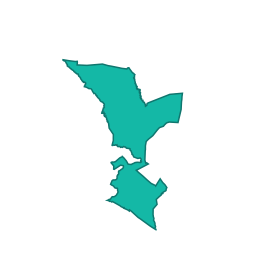 outline of San Jerónimo Sosola, Oaxaca, Mexico, rotated 138°
{"feature_id": "50627088B57913149693719", "entity_name": "San Jerónimo Sosola", "entity_type": "district", "adm_level": 2, "iso_a3": "MEX", "parent_name": "Mexico", "parent_adm1": "Oaxaca", "projection": "mercator", "projection_center": [-97.021, 17.384], "detail": "fine", "context": "isolated", "style": "filled", "palette": "teal", "viewbox_px": 256, "rotation_deg": 138, "n_neighbors": 0, "source": "geoboundaries", "source_scale": "gbopen_adm2", "svg_char_len": 5855}
<svg xmlns="http://www.w3.org/2000/svg" viewBox="0 0 256 256"><g transform="rotate(138 128 128)"><path d="M138.1,68.7L146.2,66.4L146.1,66.9L147.9,71.4L148.5,76.0L149.1,82.3L149.9,88.0L150.1,91.1L148.4,90.6L137.0,87.7L137.4,89.6L138.3,90.0L137.0,92.8L130.5,99.5L129.5,100.3L127.0,103.1L123.5,105.8L120.3,106.0L114.7,105.7L110.0,106.5L107.7,106.9L106.0,107.1L104.3,107.2L100.5,105.6L98.7,105.9L95.9,106.0L93.3,104.8L87.2,98.6L76.2,106.2L70.7,111.7L69.0,113.1L66.8,115.3L64.3,117.4L74.4,125.0L96.1,133.1L97.4,133.4L98.8,132.3L100.4,132.5L99.4,133.9L99.0,135.8L98.7,136.1L99.3,137.1L99.3,137.4L99.2,137.7L98.8,137.9L98.7,138.0L99.1,138.6L99.0,138.8L98.8,138.9L99.1,139.1L98.9,140.3L98.7,140.6L98.4,140.6L98.2,141.6L98.8,141.7L98.3,142.7L97.7,142.5L97.5,143.0L97.1,142.9L96.7,144.1L97.0,144.4L96.5,144.6L96.1,145.1L95.9,145.6L95.2,145.7L95.1,146.2L95.9,146.5L95.5,147.2L94.8,147.5L94.3,147.5L94.0,147.7L94.1,148.0L93.7,148.3L94.4,148.6L94.1,148.9L93.7,148.9L94.0,149.3L94.0,149.7L94.6,150.2L94.6,150.6L95.3,150.6L95.2,151.2L94.8,151.5L95.0,151.8L94.7,152.1L94.3,152.1L94.1,152.7L93.5,152.7L93.4,152.8L93.8,153.7L93.5,154.0L93.4,154.4L92.7,155.3L92.9,155.8L92.9,156.4L92.1,157.0L91.3,158.7L91.1,158.9L90.9,159.5L90.6,159.5L90.4,160.0L90.2,160.2L90.4,160.9L90.1,161.0L90.0,161.6L89.0,161.5L88.8,162.0L88.6,162.1L88.3,162.5L87.9,162.8L87.6,163.2L87.3,163.1L87.3,164.9L87.4,165.4L87.7,165.8L87.7,166.3L87.2,171.5L87.0,171.9L87.3,172.4L87.7,172.7L88.2,172.8L88.7,172.8L89.3,172.6L92.7,176.5L94.5,179.0L99.2,185.3L101.1,187.7L104.2,192.6L116.6,202.0L123.6,208.9L121.8,210.6L121.1,211.5L122.7,212.7L126.6,217.2L130.6,222.2L130.8,222.0L130.9,221.9L130.7,221.4L130.7,221.0L130.5,220.5L130.0,220.0L130.0,219.7L130.1,218.8L130.4,217.8L130.4,217.6L130.7,216.8L130.6,215.8L130.9,215.6L131.6,214.7L131.4,214.1L131.4,213.5L131.0,212.9L131.1,212.0L131.0,211.5L130.9,210.2L130.7,210.1L130.7,209.4L130.6,209.2L130.6,208.3L130.3,207.8L130.1,207.2L130.2,206.6L130.4,206.2L130.3,205.8L130.0,205.3L130.2,204.9L130.1,203.9L129.8,203.4L129.9,202.7L129.5,202.0L129.0,201.7L129.0,201.4L129.3,200.9L129.4,200.3L129.7,200.2L129.9,199.3L129.7,198.8L129.8,198.4L129.6,197.4L130.2,196.4L130.2,196.1L130.3,195.7L130.2,195.2L130.5,194.1L130.4,193.3L130.6,193.0L130.4,192.9L130.1,192.3L130.4,192.1L130.4,191.9L130.1,191.7L130.3,191.5L129.9,191.2L129.8,190.8L129.4,190.6L129.4,189.6L130.5,188.8L130.9,188.9L131.1,188.8L132.0,188.1L132.2,188.3L132.4,188.3L132.5,188.1L132.8,187.9L132.4,187.3L132.3,187.2L131.7,186.2L131.1,184.9L131.0,184.1L130.8,183.6L130.3,183.0L130.0,182.8L129.3,181.9L129.2,181.6L129.3,180.8L129.5,179.9L129.9,178.7L130.0,177.6L130.1,177.1L130.0,176.9L130.1,176.7L129.9,176.7L129.6,176.0L129.6,175.4L129.4,175.0L129.5,174.7L129.6,174.4L129.7,174.2L129.7,173.7L129.9,173.6L129.9,173.0L129.7,172.8L129.9,172.7L129.9,172.3L129.9,172.2L130.1,170.9L129.9,169.2L130.0,168.9L129.9,168.1L130.4,167.2L130.3,165.7L130.1,165.2L129.8,164.8L129.8,164.5L129.5,164.0L129.5,163.5L129.6,163.4L129.7,162.7L129.6,162.4L129.5,162.1L129.6,161.9L130.0,161.1L130.2,160.9L130.4,160.8L130.8,160.9L131.2,160.4L131.6,159.5L131.8,159.6L132.1,159.3L132.3,159.1L133.1,159.3L133.5,158.9L134.0,158.5L134.6,158.3L134.9,158.0L135.6,157.7L135.2,157.6L135.2,157.4L136.4,156.9L136.8,156.6L137.0,156.8L137.5,156.5L137.2,156.3L137.1,156.0L136.7,155.6L136.5,155.1L135.6,155.4L135.9,154.5L135.7,153.9L137.2,153.6L137.3,152.3L137.6,152.2L137.4,151.8L137.2,151.9L136.5,151.8L137.2,150.9L137.3,149.5L138.0,148.9L138.2,147.8L138.7,147.4L139.0,146.8L138.5,146.5L138.8,146.0L139.1,146.1L139.1,145.5L139.3,144.5L142.1,140.5L143.2,133.0L145.8,130.2L147.3,128.5L151.0,126.1L151.4,125.7L151.0,125.2L150.5,125.2L150.0,124.9L149.9,124.5L149.2,123.9L148.5,123.9L148.2,123.3L147.6,123.0L148.1,122.6L148.1,122.4L147.8,122.1L147.8,121.9L148.0,121.0L147.8,120.7L147.5,120.6L147.2,120.4L146.4,119.7L146.5,119.1L146.5,118.6L145.6,118.2L145.4,117.9L145.2,117.4L144.9,117.2L144.3,117.3L143.5,117.1L143.4,116.4L142.6,115.5L142.6,115.0L142.7,114.2L142.1,113.3L141.7,113.0L141.2,112.2L140.5,111.6L140.4,111.3L141.2,110.3L141.1,109.0L141.6,107.7L142.1,106.4L142.7,105.7L142.4,104.7L143.1,102.7L141.1,98.8L139.0,97.6L139.1,96.0L139.9,95.2L140.3,95.3L140.8,95.0L140.7,93.9L141.8,94.0L142.4,94.5L143.2,95.5L144.3,96.6L145.0,96.9L145.8,97.6L146.9,97.8L149.2,98.6L149.9,98.6L152.1,101.0L151.3,104.5L151.1,108.4L151.3,110.7L151.8,110.5L152.2,110.6L153.2,111.1L154.3,111.3L159.8,111.4L161.3,112.1L162.4,113.2L163.3,113.7L163.7,113.8L163.8,114.1L164.0,109.5L164.1,109.2L166.2,107.0L165.9,106.5L158.3,105.3L156.7,103.1L157.5,102.0L159.1,101.4L161.0,101.8L161.8,101.7L162.8,101.9L163.1,102.2L163.6,102.2L164.0,102.0L164.6,101.6L164.9,100.9L165.4,100.5L165.9,100.1L166.4,99.9L166.7,100.1L167.2,100.0L168.2,99.6L168.5,99.4L168.7,99.1L169.8,97.9L170.7,97.6L171.6,97.7L172.4,98.1L173.1,98.7L173.8,99.3L174.4,99.5L175.1,99.5L178.6,97.8L178.3,96.4L178.1,96.1L178.0,95.6L177.7,95.0L177.6,94.3L177.6,93.8L177.8,93.1L177.8,92.4L177.4,91.6L176.2,90.3L176.2,90.2L177.7,88.3L177.9,87.6L178.2,87.1L179.2,86.6L180.4,86.3L181.4,85.9L182.7,85.9L184.2,86.2L185.0,86.8L185.7,87.5L187.1,87.3L188.3,86.9L188.8,86.9L189.3,87.3L189.9,87.6L190.9,87.7L191.7,88.0L191.0,87.0L190.9,86.2L190.7,86.1L190.6,85.7L190.4,85.7L189.9,85.2L189.7,84.0L189.3,83.7L188.7,83.7L185.9,75.4L185.8,74.3L184.8,71.9L184.3,71.5L184.8,71.2L183.0,67.3L182.6,65.4L181.6,66.0L181.2,63.8L180.3,54.7L179.7,52.5L177.1,40.1L175.3,33.8L175.0,34.0L175.2,34.6L175.3,34.8L175.3,35.2L175.1,35.6L173.8,36.0L173.5,36.3L173.3,36.6L172.8,37.9L171.7,39.2L171.2,40.4L170.7,42.4L169.8,43.0L169.3,43.4L168.9,44.2L168.5,45.2L168.2,45.5L167.4,46.8L163.5,51.0L157.5,51.8L154.8,56.0L151.3,56.1L148.1,56.0L147.5,56.7L146.9,56.8L146.8,56.3L145.9,56.0L145.6,56.5L145.6,56.8L144.0,56.6L142.5,56.2L141.6,56.1L140.2,57.3L139.0,57.7L138.5,61.2L138.7,64.3L138.1,68.7Z" fill="#14b8a6" stroke="#0f766e" stroke-width="1.5"/></g></svg>